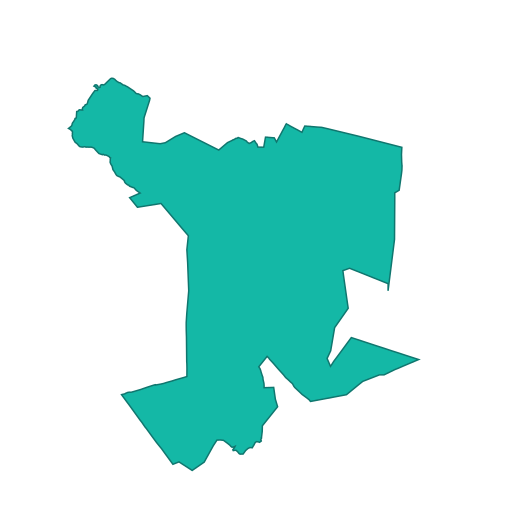 Amatenango del Valle, Chiapas, Mexico, rotated 80°
{"feature_id": "50627088B92291205530410", "entity_name": "Amatenango del Valle", "entity_type": "district", "adm_level": 2, "iso_a3": "MEX", "parent_name": "Mexico", "parent_adm1": "Chiapas", "projection": "albers", "projection_center": [-92.415, 16.516], "detail": "fine", "context": "isolated", "style": "filled", "palette": "teal", "viewbox_px": 512, "rotation_deg": 80, "n_neighbors": 0, "source": "geoboundaries", "source_scale": "gbopen_adm2", "svg_char_len": 5976}
<svg xmlns="http://www.w3.org/2000/svg" viewBox="0 0 512 512"><g transform="rotate(80 256 256)"><path d="M386.2,113.8L380.0,125.5L376.4,132.2L372.9,138.9L369.1,145.9L365.2,153.3L361.6,160.0L352.9,176.3L356.5,180.1L363.1,187.0L370.5,194.8L373.1,197.6L376.6,200.8L377.6,201.8L369.2,203.8L367.7,202.7L362.3,198.9L340.2,191.0L323.5,174.3L317.1,174.1L293.2,173.3L285.5,173.0L284.3,166.0L306.2,130.7L313.2,132.0L263.7,116.7L222.6,109.2L217.9,108.4L216.1,103.6L200.1,98.4L198.1,97.8L196.7,97.4L192.4,96.5L191.7,96.5L188.8,96.2L181.3,95.1L176.0,93.9L174.3,93.5L155.8,134.3L143.0,163.6L140.7,169.0L139.7,173.1L138.9,176.1L138.1,179.2L137.9,179.7L137.7,180.6L137.5,181.3L137.1,183.2L137.0,183.3L136.5,185.4L137.8,186.3L138.2,186.6L138.6,186.9L142.2,189.3L138.4,194.0L137.8,194.9L137.4,195.3L137.1,195.7L137.0,195.9L136.5,196.5L135.9,197.2L134.8,198.7L134.6,198.9L134.2,199.4L133.8,199.9L133.3,200.5L132.5,201.4L132.2,201.8L131.4,202.9L131.1,203.2L132.1,204.1L133.2,204.9L134.4,205.8L135.3,206.5L136.5,207.5L137.9,208.6L139.1,209.5L140.2,210.4L147.3,216.0L142.8,217.5L141.3,223.3L141.2,223.6L141.1,223.8L140.6,226.0L150.2,229.5L149.1,235.2L146.0,235.6L145.4,236.1L142.2,237.5L142.4,238.4L142.7,239.5L142.9,240.0L143.2,240.4L143.6,241.3L143.8,242.9L144.0,243.2L143.2,244.0L142.3,244.9L141.1,245.5L139.6,247.4L138.8,248.4L138.4,249.0L138.0,249.8L137.7,250.5L137.5,250.8L136.8,252.0L136.2,253.0L136.5,253.6L136.7,253.8L136.8,254.1L136.7,254.7L136.6,255.3L136.8,255.7L136.9,256.1L137.0,256.3L137.4,257.0L137.5,257.1L137.5,258.4L137.8,258.7L139.4,264.4L145.2,274.3L134.5,288.6L132.5,291.3L122.2,305.1L124.3,314.4L128.7,325.6L128.8,330.8L128.4,332.3L123.8,347.9L104.2,343.1L100.6,342.3L99.0,341.5L84.3,333.8L82.2,333.0L79.2,335.2L79.3,339.8L77.0,342.2L75.8,343.9L75.8,344.4L75.5,345.0L75.2,345.7L74.8,346.1L74.3,346.4L73.8,346.7L72.9,347.3L72.0,348.0L68.1,352.1L67.4,352.8L66.8,353.5L66.3,354.3L65.7,354.9L65.3,355.4L64.8,356.3L64.5,357.1L64.1,357.6L63.2,358.3L62.6,359.0L61.8,359.8L61.5,360.6L61.3,361.2L60.7,361.6L60.0,362.6L59.6,362.8L58.5,363.8L57.7,364.2L56.4,365.6L56.2,366.2L55.9,367.0L55.9,367.6L56.1,368.4L59.4,373.3L60.4,374.6L60.9,375.8L61.1,376.3L60.8,377.0L60.5,377.8L60.5,378.6L60.7,379.1L61.1,379.7L61.7,380.0L62.8,380.3L62.8,381.3L61.8,382.3L60.8,382.4L60.1,383.0L59.6,383.8L59.6,384.9L60.6,386.1L61.5,384.9L61.9,384.2L62.3,384.2L62.6,384.4L63.0,384.2L63.4,383.6L63.8,382.9L64.7,382.9L65.4,383.4L65.1,385.9L67.5,388.5L73.5,394.2L75.9,395.3L77.1,396.1L77.3,396.7L77.4,397.9L78.6,398.8L79.6,400.8L81.0,401.5L82.1,401.4L82.0,402.1L81.3,404.7L82.4,405.9L82.6,407.5L88.8,409.0L89.0,409.4L89.0,410.1L89.2,410.4L89.6,410.5L90.0,410.6L91.5,412.0L92.0,412.4L92.7,413.2L93.5,413.9L94.4,414.2L95.3,414.7L96.0,415.2L96.4,416.0L96.5,416.3L97.0,416.9L97.8,418.5L98.7,417.4L99.3,416.7L99.6,416.4L100.4,416.1L100.9,415.6L100.9,415.4L101.5,415.2L102.0,415.2L102.6,415.3L103.5,415.6L104.3,415.6L105.0,415.9L105.7,416.1L106.8,416.0L108.2,415.9L112.5,414.4L113.3,413.7L113.9,413.1L114.5,412.6L115.5,412.0L116.6,411.4L117.7,410.5L118.3,409.0L118.7,407.5L118.6,406.7L118.6,405.7L118.8,405.3L119.0,404.8L119.2,404.7L119.3,404.1L119.4,403.6L119.4,403.0L119.7,402.3L119.7,401.6L119.9,401.1L120.0,400.2L120.2,399.4L120.3,398.9L120.8,398.1L121.3,397.2L122.2,396.3L122.8,396.1L124.3,395.2L127.8,392.9L129.4,390.0L129.6,389.5L129.4,389.2L129.3,388.9L129.5,388.6L130.0,388.0L130.3,387.7L130.3,387.3L130.6,386.0L131.9,384.3L132.7,383.2L133.4,383.1L134.1,382.2L134.7,382.5L135.2,382.7L135.8,382.8L136.3,382.9L137.0,383.0L138.2,383.4L140.0,383.1L142.6,382.1L146.1,381.9L148.8,380.6L150.7,380.0L152.5,379.2L153.7,377.7L154.4,376.4L156.2,374.8L158.5,372.9L158.9,372.6L159.5,372.6L160.0,372.6L161.2,372.1L162.0,371.6L162.2,371.3L163.0,370.7L163.3,370.4L163.8,369.9L163.9,369.5L164.2,369.0L164.9,368.7L165.5,368.2L165.6,367.8L165.7,367.5L166.2,367.1L166.3,366.5L166.9,366.0L167.1,365.4L167.4,364.6L168.1,364.0L168.7,363.6L169.0,363.4L169.5,363.2L170.1,362.8L171.1,362.0L173.9,359.2L176.6,370.3L187.4,364.3L187.8,340.4L192.8,337.5L215.5,324.3L224.3,319.1L237.8,323.0L250.9,324.5L278.6,328.3L300.8,334.2L309.5,336.3L312.3,336.8L317.1,337.6L324.0,338.6L348.1,342.6L350.1,342.8L354.6,343.5L362.7,345.0L363.1,348.1L364.0,356.9L364.5,360.4L364.9,364.7L365.0,365.8L365.5,369.5L365.5,370.4L365.6,371.7L365.6,372.9L365.6,377.2L365.6,377.5L365.3,377.5L365.3,378.0L365.4,379.2L366.3,385.8L367.0,390.2L367.4,392.4L368.4,401.5L368.5,402.5L368.3,403.7L368.1,404.4L368.1,405.7L368.1,406.4L368.5,407.5L368.5,408.1L369.0,409.2L369.1,411.9L369.2,412.5L378.1,408.1L379.8,407.2L397.6,398.6L400.0,397.3L400.4,397.1L401.6,396.6L405.7,394.7L406.6,394.1L414.4,390.3L422.5,386.3L427.9,383.3L429.5,382.4L434.5,380.0L446.7,374.0L445.4,367.6L456.1,356.1L450.0,342.8L441.1,335.6L435.3,330.9L430.5,326.4L431.0,323.0L431.9,320.0L435.5,316.6L437.2,315.1L437.9,314.5L439.0,313.9L440.1,312.9L440.2,312.1L440.2,311.2L439.8,309.7L441.1,310.6L441.8,311.4L442.8,312.5L443.7,312.2L443.7,310.6L443.9,309.4L445.7,308.0L447.6,307.0L448.3,306.2L448.6,304.4L448.8,303.1L445.8,300.0L444.2,297.4L443.6,295.3L444.2,292.9L443.3,292.3L442.2,291.2L440.9,290.2L439.6,289.2L438.9,287.7L439.5,285.9L440.1,284.9L439.5,283.6L439.4,283.4L439.1,282.9L438.9,282.9L438.6,283.0L437.9,283.3L437.3,282.9L436.6,282.3L435.9,282.4L435.6,282.0L435.0,281.9L429.7,280.3L424.3,279.2L408.2,260.9L400.4,261.8L388.5,261.4L387.1,270.9L384.8,270.5L382.7,270.3L378.8,270.5L377.7,270.4L376.6,270.3L374.4,270.7L371.5,271.1L369.3,271.3L367.3,271.7L366.7,272.1L366.0,272.3L365.6,272.5L356.8,262.5L358.2,261.5L359.1,260.9L359.8,260.7L365.1,257.3L365.3,257.2L371.8,253.3L378.0,249.4L380.5,248.1L381.5,247.4L382.2,246.8L382.9,246.2L383.3,245.9L384.0,245.4L384.5,245.0L385.5,244.3L386.2,243.8L387.6,242.6L388.7,242.0L389.5,241.8L390.3,241.5L391.0,241.3L392.3,240.6L397.5,236.7L400.4,234.6L403.3,231.8L406.7,228.7L408.7,227.6L408.3,191.0L400.3,176.8L398.0,172.6L394.5,155.1L395.3,150.6L391.9,138.7L391.3,135.7L389.9,129.9L386.2,113.8Z" fill="#14b8a6" stroke="#0f766e" stroke-width="1.5"/></g></svg>